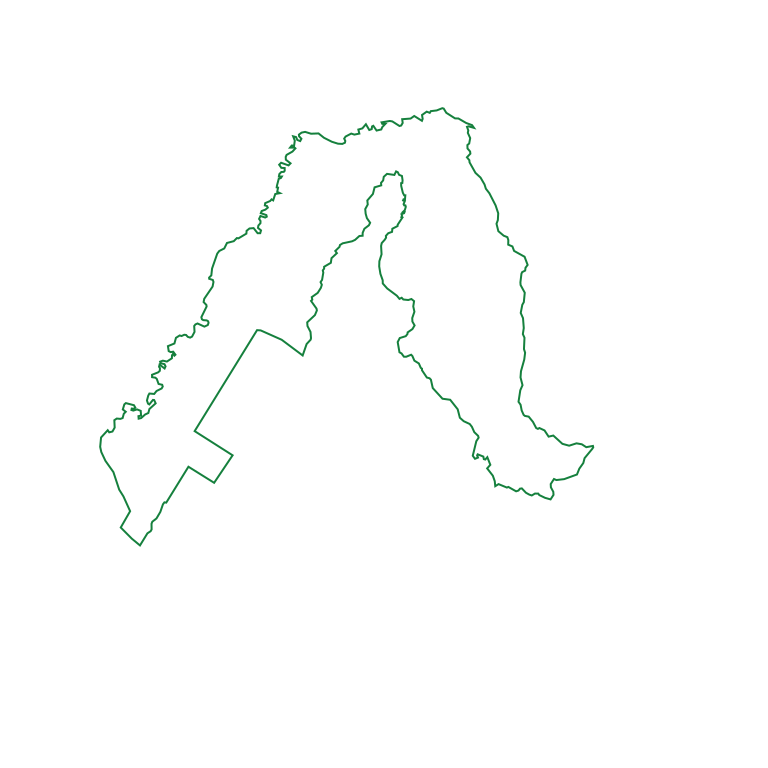 the district of Pimenteiras do Oeste, Rondônia, Brazil, rotated 122°
{"feature_id": "56859067B54089399985643", "entity_name": "Pimenteiras do Oeste", "entity_type": "district", "adm_level": 2, "iso_a3": "BRA", "parent_name": "Brazil", "parent_adm1": "Rondônia", "projection": "mercator", "projection_center": [-61.562, -13.01], "detail": "fine", "context": "isolated", "style": "outline", "palette": "green", "viewbox_px": 768, "rotation_deg": 122, "n_neighbors": 0, "source": "geoboundaries", "source_scale": "gbopen_adm2", "svg_char_len": 6166}
<svg xmlns="http://www.w3.org/2000/svg" viewBox="0 0 768 768"><g transform="rotate(122 384 384)"><path d="M650.2,505.4L636.0,505.5L632.5,503.9L630.5,504.0L625.7,507.1L623.5,507.5L618.6,505.7L611.0,505.9L603.2,507.7L600.7,507.5L600.0,505.8L557.8,506.0L557.8,475.7L524.7,474.6L524.3,519.6L405.6,520.2L403.9,517.0L400.7,494.2L402.9,468.1L391.1,470.8L385.3,469.7L383.8,470.2L378.8,473.9L375.4,479.6L372.4,481.8L362.2,479.1L357.2,479.9L355.8,481.2L352.2,489.9L350.5,489.5L348.6,491.3L341.9,488.5L335.9,488.5L332.8,489.3L331.2,491.8L328.5,491.7L321.7,494.5L320.1,496.1L317.9,495.9L316.3,496.9L309.4,493.3L305.1,495.2L298.0,493.3L297.0,495.8L291.2,494.4L289.5,495.0L286.6,493.6L279.9,486.7L277.1,484.9L271.5,483.3L269.6,480.7L267.1,482.2L262.7,482.9L257.4,480.9L254.6,481.2L252.4,486.4L249.3,489.8L245.6,492.6L240.4,492.9L237.2,495.4L228.7,494.1L222.2,496.2L217.0,491.6L215.0,493.1L211.8,492.6L208.4,494.0L204.2,492.8L201.2,486.0L197.3,486.4L197.1,484.5L198.6,482.1L198.1,479.0L201.4,476.2L203.8,475.0L204.6,475.9L206.9,474.4L211.8,469.4L213.3,466.9L212.7,465.9L216.2,464.1L217.0,465.3L218.2,465.1L217.8,463.3L221.1,462.7L221.8,461.5L221.2,460.5L222.2,459.4L225.5,458.5L228.0,459.1L227.3,457.7L228.5,457.5L230.7,459.2L231.9,457.8L233.2,457.7L233.0,456.6L241.6,456.8L242.9,456.2L247.9,459.2L250.7,457.8L253.9,460.3L257.4,460.9L258.8,459.8L261.1,459.8L265.7,460.6L268.5,459.6L275.3,454.8L282.3,453.0L286.8,450.4L292.5,445.4L296.7,440.1L299.4,438.3L301.3,431.9L302.3,419.9L303.6,416.0L301.5,414.7L302.1,412.4L299.9,407.9L297.4,405.8L297.8,402.4L302.7,400.3L306.6,396.5L313.1,395.0L316.0,393.0L318.1,389.1L322.4,389.0L327.7,391.3L329.2,390.6L331.9,390.9L336.7,395.0L341.2,394.6L348.9,387.7L348.8,385.3L350.3,381.6L349.1,379.6L344.8,376.5L345.2,374.8L348.1,370.6L348.1,365.3L350.8,361.4L350.9,359.9L352.2,359.1L355.8,351.1L355.0,348.4L355.5,346.5L361.6,340.5L365.5,326.6L362.3,319.5L366.4,308.1L372.4,301.8L373.3,296.7L372.5,290.1L373.7,286.8L377.0,281.9L378.1,276.7L379.4,275.3L383.6,275.4L397.8,270.7L399.2,267.2L396.6,265.3L395.2,267.2L394.0,267.3L392.9,261.3L394.8,259.5L394.4,258.1L391.3,257.6L396.2,251.0L400.9,251.8L404.1,243.1L407.7,238.6L411.7,235.5L408.2,233.8L406.7,224.9L405.4,224.0L405.0,215.1L403.1,213.5L400.7,213.2L399.5,211.8L401.0,206.0L400.8,202.1L400.2,199.6L396.9,197.9L395.2,195.1L395.9,193.5L395.2,187.1L393.6,181.6L388.2,181.5L385.7,183.3L383.2,187.7L380.5,189.6L374.5,189.5L374.1,186.9L369.2,180.8L358.5,172.4L352.3,173.5L345.4,173.1L340.6,174.6L328.5,173.0L326.8,173.0L325.8,174.0L330.4,179.0L330.3,184.3L332.3,189.3L338.2,194.3L340.2,201.0L338.0,213.1L341.4,216.5L338.3,223.3L339.0,228.9L340.5,229.7L340.7,231.6L337.2,237.6L335.0,244.0L336.4,247.6L336.2,249.2L333.5,253.2L329.2,257.2L327.8,260.5L317.1,265.1L311.6,265.9L306.1,271.7L300.6,274.6L289.0,278.0L282.7,280.9L280.2,283.8L270.3,289.4L268.1,292.7L262.5,295.1L254.5,301.0L251.3,305.7L243.5,308.7L240.5,308.8L232.0,313.0L227.7,320.6L225.5,322.2L217.6,325.9L215.9,326.1L213.0,324.4L210.4,325.6L206.9,325.3L201.6,332.2L202.2,344.2L199.3,348.0L200.0,352.5L196.0,354.9L194.1,357.2L194.8,361.1L193.8,368.0L188.5,373.5L184.7,374.3L178.7,377.6L173.4,384.0L166.4,395.7L164.4,401.1L161.5,404.5L157.8,411.5L156.5,418.3L150.7,428.9L149.0,430.2L147.8,433.8L142.9,432.8L141.2,434.2L140.0,438.0L137.2,439.9L134.9,439.2L129.8,441.2L126.6,446.0L124.3,446.9L121.9,449.9L120.7,448.9L119.1,443.4L117.8,446.5L119.1,452.6L119.4,461.6L121.1,464.5L121.0,474.9L118.8,479.3L119.2,480.7L124.1,484.3L127.8,488.9L129.8,488.9L130.4,492.1L135.7,494.3L138.7,491.7L140.7,491.3L140.7,500.4L144.8,502.1L149.8,508.9L152.7,506.5L155.7,506.4L157.0,507.6L156.9,516.1L157.9,518.5L163.4,524.7L164.3,523.3L162.7,520.7L167.0,521.6L169.6,521.2L173.0,524.6L170.7,529.9L171.9,530.6L174.4,529.5L176.4,531.1L173.3,537.0L178.7,537.8L181.8,540.6L184.7,537.6L188.2,541.3L189.0,544.5L194.5,547.7L197.0,547.8L198.4,545.6L200.1,545.0L202.5,546.6L204.6,550.4L206.2,556.6L207.0,565.4L206.2,572.3L210.4,578.5L212.0,584.5L214.5,587.1L217.6,588.3L218.9,587.3L219.8,584.0L222.4,583.8L223.0,586.8L221.2,589.4L222.1,592.3L224.9,588.6L229.6,586.5L230.6,588.6L233.3,588.9L230.9,585.2L231.1,584.0L235.4,584.8L241.3,588.0L243.5,587.7L245.8,586.1L246.4,580.2L249.2,580.8L250.9,588.5L253.6,589.1L255.1,585.6L253.5,582.7L255.8,581.2L257.2,581.4L258.6,583.4L261.4,584.0L263.7,583.1L262.2,580.6L263.9,580.6L265.8,582.0L272.5,579.9L274.1,579.2L273.6,577.9L277.6,576.4L277.3,573.4L280.5,576.9L287.0,575.3L287.0,577.2L289.1,577.5L293.6,580.6L295.7,579.7L295.1,577.5L296.0,576.0L299.0,577.0L302.1,579.4L304.4,579.0L303.1,573.3L304.2,572.1L305.8,573.0L307.0,577.8L310.2,577.4L311.2,575.1L313.1,574.0L316.2,574.5L318.4,573.6L318.9,569.7L321.7,568.9L323.1,571.1L320.9,577.2L323.4,580.5L326.9,581.7L329.4,580.4L337.6,584.6L338.2,586.1L342.5,587.1L347.6,591.9L353.7,591.3L358.5,594.2L361.8,594.5L377.2,591.0L383.4,588.0L386.4,588.7L387.4,588.0L386.5,584.3L387.8,582.7L392.2,581.0L407.0,581.6L410.1,580.4L411.1,576.5L412.3,575.5L424.1,574.3L425.6,572.7L425.6,571.1L424.0,568.0L424.0,566.4L425.1,565.2L427.4,564.7L430.5,566.7L431.5,574.2L433.4,575.5L435.4,575.7L440.2,572.3L445.5,571.9L447.4,573.0L448.0,575.4L447.3,577.8L448.1,579.5L450.6,581.1L451.1,583.0L455.1,584.9L460.7,583.2L466.4,587.3L470.2,584.0L470.0,581.8L468.3,579.9L469.7,576.4L471.1,576.8L470.3,578.9L472.0,579.0L474.6,577.5L480.0,580.0L481.4,583.9L483.7,585.7L484.7,584.4L483.5,580.7L484.8,578.6L487.1,578.3L486.5,584.6L488.6,583.9L489.3,582.4L491.6,581.1L493.8,581.7L499.1,585.6L501.1,584.3L499.8,581.2L500.1,579.4L503.4,575.2L502.2,571.7L503.4,570.3L505.6,570.2L510.5,573.2L514.2,573.6L516.4,577.9L518.7,577.8L523.6,576.3L525.7,573.7L525.7,572.2L519.9,571.5L519.4,570.4L521.4,567.4L529.5,569.7L533.5,568.5L536.4,570.4L541.6,571.9L543.4,573.7L541.4,575.2L539.5,573.3L535.7,576.1L536.4,580.0L539.4,582.5L539.9,584.4L538.5,584.9L537.6,583.1L535.8,582.4L534.5,584.8L537.0,592.8L538.9,593.4L544.0,592.0L544.4,588.3L547.1,588.9L551.4,587.6L553.3,589.1L554.9,592.3L557.6,593.5L563.7,589.3L568.2,589.1L570.6,591.4L569.6,593.8L579.3,595.6L587.7,591.4L591.5,587.7L596.8,579.5L602.1,566.8L613.9,552.6L617.4,545.4L626.4,531.9L645.2,531.2L648.8,515.9L650.2,505.4Z" fill="none" stroke="#15803d" stroke-width="2"/></g></svg>